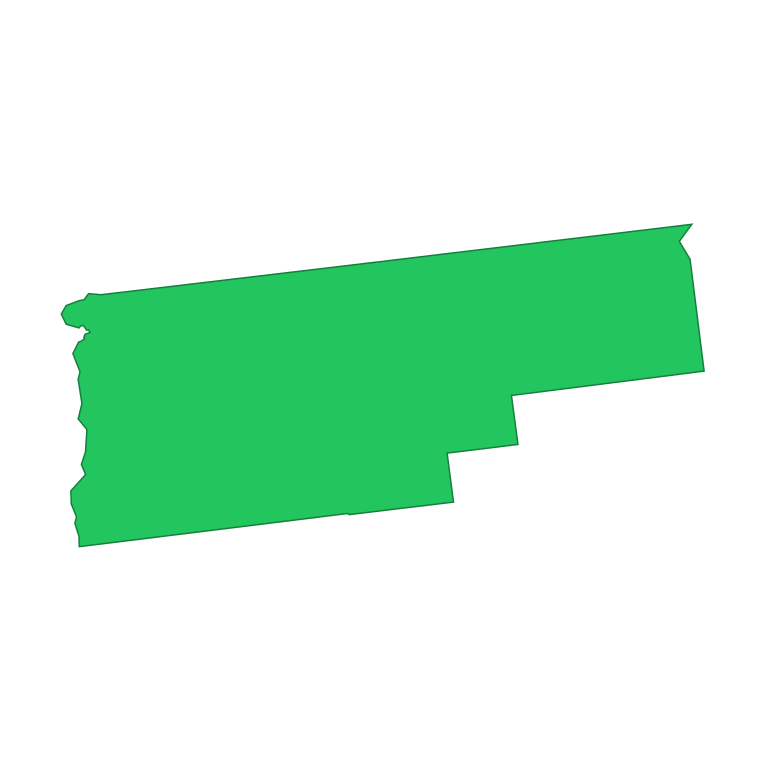 Jefferson, Oregon, United States of America (Equal Earth projection), rotated 353°
{"feature_id": "52423323B2409087912317", "entity_name": "Jefferson", "entity_type": "district", "adm_level": 2, "iso_a3": "USA", "parent_name": "United States of America", "parent_adm1": "Oregon", "projection": "equal_earth", "projection_center": [-121.528, 44.61], "detail": "fine", "context": "isolated", "style": "filled", "palette": "green", "viewbox_px": 768, "rotation_deg": 353, "n_neighbors": 0, "source": "geoboundaries", "source_scale": "gbopen_adm2", "svg_char_len": 703}
<svg xmlns="http://www.w3.org/2000/svg" viewBox="0 0 768 768"><g transform="rotate(353 384 384)"><path d="M81.0,342.0L81.8,366.6L76.2,381.4L83.6,393.0L79.4,415.2L73.8,427.0L76.8,437.5L60.2,451.9L59.0,464.9L62.6,478.4L60.2,484.7L62.7,498.1L61.7,508.3L332.3,508.1L333.5,509.4L386.0,509.5L438.6,509.7L438.2,460.3L509.6,460.3L509.1,410.9L703.3,410.2L703.0,297.6L694.5,278.4L709.0,263.0L469.8,262.3L393.4,262.1L114.0,260.9L101.8,258.3L96.5,263.8L91.7,264.1L78.1,267.4L72.2,275.3L75.9,286.0L88.1,291.2L89.9,289.4L92.8,289.3L95.4,294.3L97.2,294.1L98.6,296.9L93.2,298.3L91.8,301.2L92.4,302.4L88.7,304.6L86.1,305.1L78.9,315.8L83.8,334.9L81.0,342.0Z" fill="#22c55e" stroke="#15803d" stroke-width="1.5"/></g></svg>